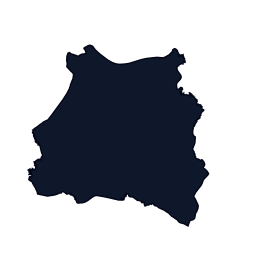 the district of Xaythany, Vientiane [prefecture], Laos, rotated 107°
{"feature_id": "54806243B16467343540184", "entity_name": "Xaythany", "entity_type": "district", "adm_level": 2, "iso_a3": "LAO", "parent_name": "Laos", "parent_adm1": "Vientiane [prefecture]", "projection": "mercator", "projection_center": [102.749, 18.15], "detail": "fine", "context": "isolated", "style": "filled", "palette": "ink", "viewbox_px": 256, "rotation_deg": 107, "n_neighbors": 0, "source": "geoboundaries", "source_scale": "gbopen_adm2", "svg_char_len": 5727}
<svg xmlns="http://www.w3.org/2000/svg" viewBox="0 0 256 256"><g transform="rotate(107 128 128)"><path d="M74.2,207.3L77.5,207.3L81.7,206.2L83.6,205.1L85.3,204.6L86.6,204.6L87.4,204.2L90.3,199.2L91.2,197.2L92.5,195.7L96.8,195.0L102.0,195.5L107.6,195.5L112.6,196.4L119.8,198.4L137.6,204.6L143.6,206.9L147.1,210.7L148.8,211.6L150.0,212.8L153.1,214.9L155.4,216.8L157.7,218.4L157.8,217.7L158.0,217.6L159.0,217.9L160.4,217.9L161.3,216.3L161.7,216.3L161.9,215.9L162.4,216.1L162.5,216.0L162.5,215.3L163.3,215.8L163.9,215.0L164.4,214.8L164.3,214.0L164.6,213.5L164.8,213.5L165.1,214.2L165.4,214.1L165.6,213.3L166.2,213.3L166.4,212.9L166.9,212.9L167.0,212.2L167.3,212.1L167.6,212.6L168.0,212.6L168.4,211.4L167.4,210.7L168.2,210.8L168.5,210.5L168.8,210.9L168.9,210.4L168.4,209.7L168.5,209.2L169.0,208.9L169.6,209.2L169.7,208.9L170.1,208.9L169.7,208.3L170.4,208.6L170.4,208.1L170.1,207.6L170.5,207.1L176.5,203.6L179.1,201.6L179.5,201.5L181.1,202.3L181.7,202.0L181.6,201.5L181.8,201.4L182.0,201.4L182.2,202.2L184.0,201.9L184.2,203.1L183.7,203.1L184.0,203.5L184.1,204.5L184.8,204.5L184.8,205.2L185.2,205.6L185.8,205.6L186.1,206.3L187.1,206.7L187.6,207.4L188.0,206.8L188.2,207.5L188.7,206.9L189.2,207.0L189.4,206.6L189.9,206.6L190.2,205.5L191.0,205.5L191.2,205.9L191.6,205.2L191.3,204.7L192.1,204.9L192.7,204.6L193.5,204.5L194.8,204.9L195.1,204.7L195.3,205.2L195.7,205.4L195.1,206.3L194.7,207.7L195.3,207.7L195.1,207.0L195.4,206.6L195.8,206.5L196.5,207.5L197.3,208.2L196.3,208.9L196.1,209.3L196.4,209.9L196.1,210.0L197.4,211.1L198.2,209.4L198.6,209.4L198.8,209.8L199.2,209.6L199.4,208.9L198.9,208.1L199.0,207.5L199.8,207.3L200.4,207.9L200.7,208.9L201.2,209.0L200.5,207.4L201.5,205.7L202.3,205.8L203.2,206.3L202.9,207.3L203.5,207.6L203.5,207.8L204.3,207.7L204.0,207.2L204.8,207.4L205.0,207.9L205.5,207.7L206.4,207.7L207.1,205.8L206.7,205.2L207.2,204.9L207.7,203.7L209.1,202.6L212.0,199.4L215.4,196.3L217.5,195.1L216.6,185.1L213.5,178.7L211.9,176.4L210.1,174.3L209.6,173.4L209.6,172.8L208.3,172.5L207.9,172.1L207.8,171.1L208.1,169.6L209.1,167.4L208.6,166.2L208.1,165.9L208.0,165.0L207.5,164.3L208.1,164.1L207.7,163.2L207.9,163.0L208.4,162.9L208.0,162.5L208.7,161.7L208.8,160.5L209.1,159.9L208.9,159.3L209.9,159.0L210.0,158.1L210.6,158.3L210.8,157.5L211.6,157.8L212.1,156.6L212.8,156.2L213.4,155.5L214.1,155.2L214.4,154.0L214.1,153.0L213.4,151.6L212.9,149.9L211.4,147.5L209.2,145.4L203.6,141.2L202.6,140.1L201.6,138.1L200.7,131.1L200.0,123.1L199.9,120.1L199.6,118.7L199.7,116.5L198.6,112.5L198.1,113.0L198.2,113.8L197.5,113.9L197.4,112.8L197.9,111.8L197.7,111.0L196.6,111.0L195.9,111.5L194.3,110.6L193.7,109.9L193.4,110.0L193.3,111.1L193.0,111.3L191.4,110.9L191.3,110.5L191.9,110.0L190.7,108.5L190.8,108.1L191.5,107.6L192.6,107.5L193.1,106.6L192.6,102.9L194.4,97.9L193.9,94.3L194.2,93.8L195.0,93.5L195.3,92.9L195.1,92.4L194.6,92.1L194.4,91.6L194.4,91.1L197.1,89.5L197.6,88.9L195.7,86.8L195.6,85.7L194.1,85.0L194.2,83.4L192.9,82.5L192.9,81.9L193.6,81.1L194.5,79.5L194.1,78.5L194.1,77.9L195.2,75.1L196.0,68.9L196.6,67.5L197.4,64.3L199.5,60.5L200.0,58.2L200.8,56.3L201.2,54.3L202.5,52.5L203.1,51.2L203.3,50.1L203.1,46.6L204.1,42.0L199.3,41.9L197.8,41.0L196.8,39.2L195.8,38.4L194.5,37.9L189.9,38.5L187.9,37.9L184.2,37.7L181.7,38.2L180.8,38.9L176.0,43.2L175.0,44.6L174.4,45.1L173.6,45.2L169.7,44.5L161.8,41.5L159.6,41.0L156.2,40.9L154.7,40.5L149.7,38.0L148.2,37.6L147.8,37.8L145.8,40.4L144.9,42.2L144.5,43.9L143.9,44.6L142.0,44.1L140.4,44.0L138.2,45.6L136.8,47.9L136.9,48.4L138.1,49.3L137.3,50.9L137.2,52.4L137.5,53.4L137.1,54.9L136.6,55.2L136.2,54.8L135.9,54.8L135.5,55.6L135.2,55.6L134.5,56.5L133.4,56.3L133.2,57.3L131.7,57.7L130.2,59.5L129.4,59.9L129.5,60.2L122.7,59.7L117.0,61.0L116.4,62.7L114.7,64.5L114.3,64.7L114.0,64.6L112.5,65.2L109.2,65.6L108.6,66.2L106.9,65.2L106.0,65.1L105.5,65.7L105.3,65.2L104.5,65.5L104.2,64.9L103.8,65.1L103.2,64.6L102.7,64.7L102.2,64.3L101.4,64.1L101.0,64.3L101.0,65.2L99.1,63.6L98.2,64.0L98.2,62.8L97.4,62.3L96.2,62.4L95.3,62.9L94.6,62.5L94.5,62.2L93.8,62.6L92.7,62.5L90.6,61.9L90.3,61.4L89.9,61.4L89.1,60.8L88.6,60.9L88.4,61.1L88.7,62.0L88.1,62.9L87.5,63.2L86.0,63.5L86.1,64.5L85.5,64.5L84.7,65.2L85.1,67.1L84.7,67.7L85.0,67.9L85.4,67.9L85.6,67.5L85.8,68.2L85.5,68.5L85.1,68.6L84.0,69.9L82.5,69.7L81.9,69.8L81.7,70.2L81.0,70.4L81.2,70.9L81.0,71.1L81.2,71.4L80.4,71.7L80.2,72.6L79.9,73.1L79.3,73.3L79.6,73.7L79.5,74.0L78.5,74.6L78.8,74.8L78.6,75.2L78.9,75.4L79.2,75.8L79.0,76.5L78.3,77.4L78.0,77.2L77.9,76.4L77.4,76.5L77.0,77.3L76.9,78.2L76.3,79.1L76.5,79.5L77.1,78.9L77.9,78.9L78.9,79.5L79.4,80.5L78.9,81.5L79.7,82.1L79.5,83.8L80.1,84.3L79.9,84.7L78.7,85.0L79.3,85.3L79.5,86.1L80.1,86.5L80.0,86.9L80.7,87.3L79.4,87.8L79.3,88.5L78.5,88.7L78.2,88.1L79.1,87.2L78.8,86.9L77.4,87.4L77.0,88.2L76.4,88.4L75.4,88.3L75.6,87.4L75.3,87.1L73.9,87.9L73.7,89.2L75.0,90.2L76.1,90.6L76.6,92.9L75.8,92.9L72.4,94.4L70.5,94.4L65.9,92.2L64.3,92.0L63.6,92.1L62.2,93.0L58.8,97.4L57.5,98.3L55.8,99.0L54.7,98.7L52.0,97.1L50.8,95.6L50.6,94.2L49.8,94.5L49.2,94.2L48.7,93.6L48.6,92.7L47.9,92.7L47.4,93.3L47.0,93.4L47.1,94.0L45.8,94.0L45.2,94.2L45.1,94.7L44.7,94.8L44.3,95.8L44.1,95.8L43.6,95.1L43.7,95.9L42.6,96.4L43.6,96.6L43.8,96.9L43.0,97.1L42.8,97.5L42.2,97.2L42.2,97.6L42.8,98.8L43.7,99.1L43.4,99.4L43.9,100.1L43.2,100.4L42.9,100.2L42.2,101.4L40.5,102.9L40.1,103.8L39.4,103.6L39.3,104.0L38.5,105.6L38.7,106.9L40.1,108.0L41.9,107.9L46.0,110.0L49.2,113.0L50.7,115.0L51.9,120.5L52.6,122.4L56.1,130.5L58.6,135.0L65.8,145.6L67.7,149.5L69.6,154.5L70.2,157.8L70.2,159.5L70.1,161.9L69.1,166.9L65.4,176.9L62.9,182.1L60.1,185.9L60.0,188.6L60.8,190.0L64.2,193.3L64.9,193.3L66.2,191.5L68.4,190.1L69.4,190.3L70.9,193.6L72.4,195.3L74.0,196.4L73.7,201.8L73.9,203.5L73.0,206.2L74.2,207.3Z" fill="#0f172a" stroke="#020617" stroke-width="1.5"/></g></svg>